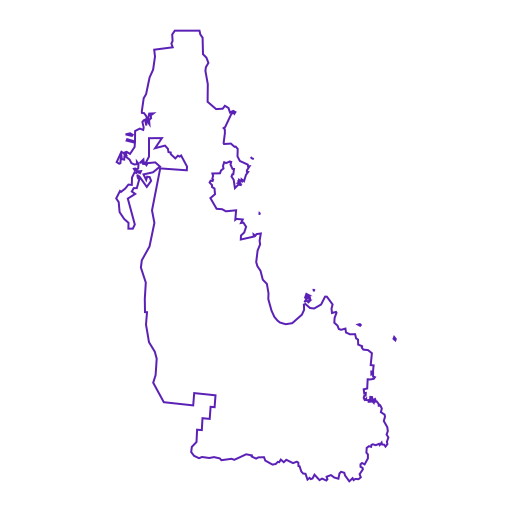 the district of Cook, Queensland, Australia
{"feature_id": "25037944B35622910690770", "entity_name": "Cook", "entity_type": "district", "adm_level": 2, "iso_a3": "AUS", "parent_name": "Australia", "parent_adm1": "Queensland", "projection": "natural_earth1", "projection_center": [143.95, -13.681], "detail": "fine", "context": "isolated", "style": "outline", "palette": "violet", "viewbox_px": 512, "rotation_deg": 0, "n_neighbors": 0, "source": "geoboundaries", "source_scale": "gbopen_adm2", "svg_char_len": 6124}
<svg xmlns="http://www.w3.org/2000/svg" viewBox="0 0 512 512"><path d="M155.3,162.4L147.8,163.1L146.4,165.2L145.6,164.0L143.0,163.9L141.8,161.8L139.6,163.1L143.4,159.5L143.7,162.6L145.8,162.8L149.0,156.6L149.0,138.2L161.9,138.1L155.1,148.2L165.0,145.6L167.9,148.8L168.5,152.1L170.7,152.5L170.8,154.2L175.3,158.4L177.9,155.7L179.7,156.6L181.1,155.5L187.0,166.5L186.8,170.3L160.2,168.4L152.0,210.4L154.4,222.9L149.5,246.5L141.8,260.3L140.9,267.6L145.8,282.6L144.8,298.9L145.0,312.1L147.0,312.2L146.0,324.6L149.0,342.2L154.8,351.7L156.7,358.7L155.6,375.1L153.2,382.7L163.8,402.2L193.2,405.4L194.2,393.1L215.5,395.3L214.6,407.2L210.6,406.8L209.7,418.9L202.5,418.2L201.8,430.1L197.1,429.7L196.5,442.0L191.8,446.9L191.2,452.1L194.0,455.8L199.0,458.2L202.0,457.0L209.3,458.0L214.0,457.1L219.8,458.4L221.4,460.2L231.5,458.8L234.3,459.8L246.2,454.3L251.9,455.4L251.6,456.5L256.1,458.6L258.3,457.4L264.0,457.2L265.3,460.6L272.5,464.6L275.7,464.0L277.8,461.9L279.2,462.2L280.8,459.6L283.8,462.2L286.3,459.8L293.0,463.1L296.8,461.7L298.3,462.6L298.5,466.1L299.6,466.3L301.3,471.5L303.1,473.5L305.5,473.8L307.5,479.6L309.6,477.9L310.8,479.1L312.5,478.5L314.5,474.7L319.5,480.1L322.1,478.6L326.3,480.5L327.4,479.3L326.6,476.7L331.0,475.1L334.2,477.5L338.4,478.7L339.5,473.4L341.1,471.8L344.3,472.8L345.0,475.4L349.3,481.3L352.6,478.2L353.6,480.1L355.4,478.9L358.5,479.2L360.8,477.3L359.6,474.2L362.9,469.3L362.5,467.8L360.5,466.8L360.5,464.3L362.0,463.0L364.6,464.4L367.9,458.4L367.9,454.4L366.4,452.7L366.7,447.9L368.9,446.2L371.1,446.8L371.4,444.9L372.9,444.3L375.8,445.2L379.0,443.8L379.7,445.1L381.6,442.6L382.1,444.5L384.2,444.7L385.5,446.6L387.4,444.1L386.9,441.7L388.4,437.5L386.6,434.5L387.8,431.1L387.3,427.2L383.8,421.0L385.0,416.7L384.6,414.6L380.9,412.2L381.8,408.5L380.3,405.4L379.8,405.0L378.9,405.8L377.9,405.6L378.7,405.5L378.6,403.9L376.8,401.5L374.2,401.7L373.8,402.9L372.6,401.5L368.7,401.8L368.7,400.6L372.3,400.7L372.1,397.1L370.3,396.9L370.1,399.8L367.2,400.2L366.0,400.0L366.1,398.7L364.6,399.8L363.7,397.9L364.4,395.4L365.6,395.6L365.8,392.9L364.2,393.1L363.7,389.3L367.2,388.5L367.7,378.4L367.9,379.5L370.7,379.4L373.8,378.8L374.9,377.2L373.1,376.6L373.1,373.5L371.4,374.5L371.3,371.5L373.0,371.6L373.6,365.4L370.7,365.1L371.9,353.2L368.0,350.1L363.3,349.6L361.8,347.6L362.1,346.2L358.2,344.6L358.0,339.6L356.1,338.4L355.1,334.2L350.0,334.3L346.0,332.5L345.4,328.6L341.1,329.8L338.8,329.0L337.5,325.6L334.3,322.7L334.6,317.9L336.5,312.8L336.0,311.9L332.0,313.0L331.5,308.6L332.6,304.5L326.9,296.7L325.1,296.6L321.1,304.5L314.1,308.5L310.0,308.0L305.4,304.0L303.9,304.6L304.1,309.8L301.9,314.7L292.2,323.2L285.6,324.2L279.9,322.5L277.4,320.5L274.3,316.8L271.5,310.6L268.3,299.1L268.5,293.3L266.9,283.9L262.8,279.7L260.5,270.8L257.4,266.2L256.2,262.1L257.6,250.6L260.1,244.4L259.6,240.7L260.8,233.5L256.5,234.1L255.3,235.8L253.6,234.4L253.8,236.6L240.8,239.5L241.0,235.5L244.2,232.5L246.1,226.8L243.4,222.6L241.0,223.0L242.7,219.5L236.5,218.9L235.3,219.8L236.1,210.3L225.9,211.3L222.1,209.2L216.6,208.8L210.4,198.1L215.0,194.2L214.5,188.5L212.1,187.1L212.0,185.1L209.6,182.5L210.6,180.7L212.6,181.0L213.1,179.7L212.3,178.8L213.1,175.8L212.4,173.5L220.0,173.3L221.0,170.5L223.5,168.5L223.0,166.1L224.2,162.2L226.2,163.1L229.7,161.5L230.7,162.7L231.4,161.0L230.5,164.6L232.5,168.9L234.0,169.0L233.3,174.3L232.3,174.4L231.5,176.5L233.7,179.9L234.9,188.1L238.3,184.7L240.6,185.0L240.5,183.6L239.3,181.7L239.1,179.8L241.8,181.3L241.7,179.4L244.0,181.2L246.0,174.8L248.1,172.0L246.9,171.8L246.9,170.4L249.5,166.3L248.1,166.5L247.8,164.6L239.9,161.0L237.5,156.4L237.7,148.9L235.7,146.6L234.5,146.8L230.9,143.6L224.0,144.0L223.6,143.1L224.9,133.1L224.8,129.3L223.6,128.1L225.2,127.0L231.3,114.0L233.4,112.6L234.3,113.8L235.4,112.1L233.2,110.9L230.0,112.5L228.5,108.0L224.9,105.8L222.7,108.7L216.1,109.1L207.6,101.8L207.8,84.2L205.4,70.8L205.9,67.2L208.4,62.9L206.4,57.6L203.0,54.2L202.6,37.7L200.3,34.4L199.5,30.7L174.8,30.7L172.2,34.5L172.6,40.9L171.4,43.6L172.7,47.3L154.2,49.7L155.0,56.5L153.1,69.7L149.6,77.4L146.1,94.1L143.7,98.2L141.8,111.4L141.9,112.9L144.0,113.1L146.1,115.9L146.9,118.0L145.6,120.2L146.6,121.1L147.7,121.1L149.2,113.6L153.4,113.4L150.7,115.4L151.1,118.1L149.1,120.1L149.4,124.2L147.6,121.5L146.4,122.6L146.3,125.5L145.0,119.7L143.7,120.3L142.4,122.0L143.7,127.6L143.2,129.9L139.8,128.6L135.1,131.0L135.0,141.5L127.2,139.2L126.6,140.6L134.9,142.7L134.6,147.0L130.0,153.9L126.6,151.8L123.3,153.0L121.4,151.8L116.7,162.1L119.2,163.7L120.4,163.2L121.2,153.5L121.8,159.1L124.2,159.6L124.4,156.5L127.1,155.0L125.8,156.7L129.6,159.6L131.4,163.1L134.4,164.5L137.0,164.1L136.9,161.7L138.5,163.8L138.2,168.5L135.7,169.9L137.3,171.1L136.3,173.0L134.5,172.5L132.0,177.5L131.8,184.9L128.4,184.6L125.3,188.5L121.0,191.9L120.0,191.0L116.2,198.4L118.7,202.1L119.6,212.1L124.1,218.9L128.5,222.8L128.4,228.7L132.8,228.7L134.8,224.5L127.8,198.6L135.2,193.9L131.8,191.5L133.7,188.1L136.8,188.1L139.9,177.2L146.8,186.9L151.1,180.9L149.7,177.1L147.1,176.7L146.2,179.9L143.5,174.4L153.0,172.3L160.0,166.6L155.3,162.4ZM240.2,183.5L237.9,183.0L238.8,182.3L237.9,180.3L240.2,183.5ZM138.5,179.1L137.7,177.2L137.3,174.7L138.3,176.1L138.5,179.1ZM123.6,154.7L124.5,154.6L124.2,153.6L125.7,153.2L126.9,154.1L125.5,153.7L124.6,154.7L123.6,154.7ZM138.9,172.7L137.8,172.3L137.6,171.2L138.5,171.2L138.9,172.7ZM141.0,171.1L140.5,172.2L140.1,171.2L141.0,171.1ZM309.5,296.0L306.5,298.2L310.2,299.2L309.5,296.0ZM125.6,134.4L131.9,135.9L132.7,134.8L130.1,133.3L125.6,134.4ZM393.5,338.8L395.3,340.4L395.8,339.0L394.2,337.0L393.5,338.8ZM309.0,295.3L306.4,293.9L304.9,298.2L307.4,295.4L309.0,295.3ZM373.8,399.9L372.3,398.8L372.6,400.8L375.8,400.9L375.0,399.0L373.8,399.9ZM135.0,170.6L136.2,169.1L135.5,168.5L136.0,168.4L133.9,168.8L135.0,170.6ZM358.0,324.6L360.1,325.8L360.8,325.0L359.9,324.1L358.0,324.6ZM308.4,302.3L309.8,300.9L307.4,301.2L308.4,302.3ZM313.6,289.9L313.9,291.3L314.2,290.0L314.0,289.9L313.6,289.9ZM304.4,302.1L306.4,300.7L306.3,300.0L305.8,300.0L304.4,302.1ZM259.3,214.8L259.7,213.4L259.5,213.2L259.3,214.8ZM253.8,159.1L252.1,158.4L250.6,157.1L252.0,158.4L253.8,159.1Z" fill="none" stroke="#5b21b6" stroke-width="2"/></svg>